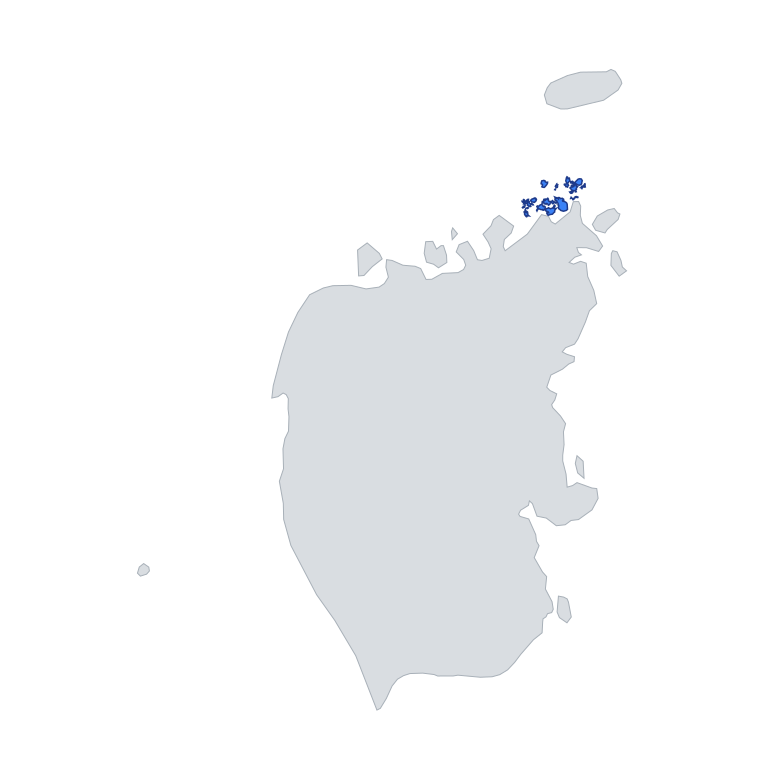 Wando-gun, South Jeolla, South Korea (highlighted), rotated 183°
{"feature_id": "91817680B85222249357664", "entity_name": "Wando-gun", "entity_type": "district", "adm_level": 2, "iso_a3": "KOR", "parent_name": "South Korea", "parent_adm1": "South Jeolla", "projection": "albers", "projection_center": [126.779, 34.287], "detail": "fine", "context": "in_parent", "style": "filled", "palette": "blue", "viewbox_px": 768, "rotation_deg": 183, "n_neighbors": 0, "source": "geoboundaries", "source_scale": "gbopen_adm2", "svg_char_len": 9344}
<svg xmlns="http://www.w3.org/2000/svg" viewBox="0 0 768 768"><g transform="rotate(183 384 384)"><path d="M210.0,160.0L212.9,157.8L213.1,154.5L213.1,143.8L221.4,136.4L233.3,121.2L239.0,112.8L245.6,105.0L253.2,99.8L260.7,97.3L272.5,96.2L295.0,97.1L299.4,96.1L315.1,95.2L318.8,96.5L330.3,97.3L342.9,96.2L349.2,93.8L355.1,89.9L360.1,82.9L365.2,70.1L370.7,59.9L374.0,58.0L398.0,111.2L420.8,145.4L440.3,170.1L468.5,217.8L477.1,243.5L478.3,259.5L483.4,281.4L479.9,294.1L481.5,314.0L480.1,324.3L476.9,331.9L477.2,346.4L478.5,354.1L478.8,364.4L481.1,368.3L484.3,369.7L489.2,365.8L495.3,364.1L494.5,376.5L488.0,407.9L482.1,430.9L473.8,450.9L462.9,469.3L449.6,476.7L440.2,479.5L422.1,480.8L406.9,478.0L394.0,480.5L388.9,484.3L385.2,490.9L388.2,500.8L387.9,508.3L382.4,507.8L371.3,503.6L359.1,503.2L353.4,501.2L347.5,490.6L341.7,491.1L331.5,497.5L315.9,499.1L310.5,502.5L308.6,506.9L310.9,512.5L318.8,519.7L316.3,527.1L308.1,530.9L301.4,521.9L297.2,513.0L292.6,512.5L285.5,515.1L284.1,524.7L287.5,531.3L293.0,538.8L285.4,547.6L283.3,553.9L277.8,558.4L262.8,548.5L264.9,541.4L271.4,534.6L272.1,527.5L270.0,523.4L248.7,541.2L235.5,561.4L228.5,560.0L225.5,554.8L221.4,552.7L207.1,565.7L204.5,576.0L199.2,576.4L196.9,572.0L196.8,562.7L194.3,554.8L179.6,543.2L172.9,533.2L176.6,527.6L188.9,530.7L198.6,530.3L196.7,525.5L193.6,523.3L200.1,520.6L205.5,515.1L201.0,513.6L194.1,516.8L188.4,515.2L186.2,502.0L179.4,488.5L175.8,475.4L182.7,467.9L186.2,456.2L192.6,439.3L195.8,433.8L204.5,429.8L207.7,425.4L202.9,423.2L195.2,421.2L195.4,416.3L200.6,413.6L206.5,408.2L217.8,401.7L221.3,389.3L218.0,386.2L211.0,383.2L212.6,377.0L215.5,372.2L214.4,369.3L206.1,361.3L200.6,353.9L202.3,345.6L201.0,332.9L201.8,322.3L201.5,316.5L197.5,303.6L195.7,290.6L190.4,292.4L186.1,295.6L170.9,291.0L166.1,290.7L164.2,281.0L169.7,269.2L182.7,258.8L190.1,257.5L195.7,252.9L204.5,251.5L214.9,258.6L224.3,260.0L229.5,272.3L232.7,274.9L233.4,270.4L241.0,265.1L242.8,261.1L241.2,258.9L232.4,256.8L224.6,241.5L223.5,234.9L220.7,230.6L224.9,218.5L215.9,204.6L211.5,200.2L212.1,187.7L207.4,179.8L204.8,175.4L203.2,167.9L204.6,164.5L208.7,163.2L210.0,160.0ZM178.3,707.4L173.8,710.0L169.6,708.4L168.5,707.1L163.5,700.2L162.2,696.7L165.6,689.9L179.5,678.9L215.4,668.3L221.9,667.9L236.0,672.4L239.0,681.0L236.5,688.4L233.2,693.3L216.8,701.7L204.0,705.7L178.3,707.4ZM417.4,516.4L408.2,524.0L395.5,514.2L392.4,508.8L401.8,500.6L409.7,491.3L415.0,490.6L417.4,516.4ZM350.7,516.6L349.8,528.3L342.8,529.0L338.6,521.5L334.2,525.2L331.9,525.3L328.3,515.9L327.6,508.6L335.7,502.9L340.7,506.2L347.9,507.9L350.7,516.6ZM169.7,569.5L163.3,571.3L159.8,567.2L157.3,566.1L158.8,560.6L169.1,550.0L171.2,546.4L180.7,548.6L184.3,554.3L179.8,562.9L169.7,569.5ZM199.2,165.4L198.7,181.3L193.4,180.6L189.9,179.0L188.4,175.9L184.8,161.1L188.8,155.1L196.6,159.9L199.2,165.4ZM163.8,526.2L162.5,529.1L158.2,528.2L153.9,519.9L152.1,513.3L147.7,509.7L154.8,504.0L163.6,514.3L163.8,526.2ZM188.8,314.7L187.5,322.5L181.1,317.3L179.3,300.3L185.9,305.3L188.8,314.7ZM618.8,188.4L614.6,192.1L609.3,188.8L608.5,185.0L611.1,181.7L617.2,179.4L620.3,182.2L618.8,188.4ZM221.2,572.9L222.9,578.6L214.9,577.5L210.6,572.0L211.2,567.3L215.9,566.6L221.2,572.9ZM324.6,539.8L323.6,543.5L318.5,537.9L323.4,531.7L324.6,539.8Z" fill="#d9dde1" stroke="#a8b0b8" stroke-width="1"/><path d="M215.5,566.4L214.3,566.0L213.6,566.0L211.0,566.9L209.9,568.0L210.5,573.1L210.9,574.1L211.7,574.9L212.7,575.3L213.1,575.7L214.9,575.8L215.3,576.3L215.2,576.9L214.2,577.2L214.3,577.9L215.6,578.8L217.6,578.4L218.4,579.3L219.5,579.3L219.5,577.9L220.8,579.0L221.7,579.1L223.2,579.6L222.7,578.8L221.8,578.2L222.9,577.7L222.9,576.7L222.3,576.2L221.0,575.9L220.8,575.1L219.6,573.5L219.5,572.3L219.1,572.0L218.9,571.5L218.8,570.8L219.1,569.5L218.7,568.2L217.6,567.6L216.7,566.7L216.0,566.4L215.5,566.4ZM228.8,564.4L228.5,563.7L229.8,563.7L230.3,562.6L229.7,562.4L229.3,561.4L228.9,561.1L226.7,562.0L224.7,562.4L223.5,563.9L222.5,564.8L222.7,565.6L222.5,566.5L221.2,568.4L222.5,567.9L223.7,568.4L222.6,570.2L222.6,571.1L223.2,571.5L223.8,570.5L224.0,569.6L225.1,568.4L227.1,567.7L229.0,568.6L229.4,568.0L230.3,567.9L231.7,567.0L232.4,568.1L232.2,569.0L232.7,569.8L233.2,570.0L234.0,569.5L234.6,570.0L234.8,571.0L236.2,571.5L237.3,571.0L237.9,570.6L238.2,570.1L239.2,569.6L240.0,569.9L240.6,569.5L240.7,569.0L239.4,568.1L240.7,565.5L240.3,564.8L239.9,565.8L238.8,567.2L236.2,566.3L234.9,566.5L234.3,565.8L233.5,566.0L233.3,566.7L232.4,566.7L231.4,565.3L230.8,565.2L230.4,564.2L229.6,564.8L228.8,564.4ZM201.0,593.0L199.5,592.7L197.6,593.6L197.0,594.9L197.0,596.1L196.6,597.3L197.6,599.0L199.2,599.2L200.8,598.8L203.1,596.3L203.8,595.3L204.7,595.2L205.5,595.5L206.7,596.7L206.2,595.1L207.2,596.0L208.1,596.0L208.1,594.6L207.0,594.5L205.5,593.8L204.4,593.7L203.9,594.3L203.1,594.3L201.0,593.0ZM230.4,572.7L229.5,571.8L229.2,571.2L228.0,571.9L227.6,572.7L227.3,573.8L226.4,574.1L225.9,573.9L225.2,573.0L224.7,572.8L224.4,573.1L224.0,573.9L223.6,574.2L222.4,573.7L222.0,573.7L221.7,573.9L221.4,573.9L221.3,574.3L221.7,574.1L222.3,574.1L223.0,574.7L224.2,575.0L225.4,576.0L225.9,575.4L226.4,575.0L228.6,575.0L229.2,575.5L229.9,576.8L229.5,577.2L230.2,578.1L230.5,577.9L231.5,576.9L232.4,576.3L232.6,575.8L233.1,575.9L233.3,576.5L233.1,577.0L234.0,576.8L234.4,575.4L233.9,575.0L234.0,574.5L234.4,574.1L235.5,574.3L235.6,572.8L235.1,572.9L234.4,573.4L233.8,573.4L233.4,572.6L232.5,572.1L231.7,572.8L231.3,572.2L231.0,572.6L230.4,572.7ZM237.5,593.4L237.6,592.2L236.2,591.6L236.2,590.3L236.7,589.2L235.6,588.8L234.3,588.7L233.6,589.3L231.9,591.6L231.2,593.1L231.2,594.1L232.5,593.9L233.6,594.4L233.8,595.3L235.0,595.7L237.1,595.1L237.5,593.4ZM202.8,586.7L202.8,585.9L202.1,586.1L202.6,587.0L202.7,587.8L202.0,588.3L202.3,589.3L201.9,589.8L201.6,590.8L201.2,590.9L201.0,591.3L202.3,591.5L202.4,592.0L202.3,592.6L204.2,593.2L205.0,593.0L204.3,592.2L204.6,591.8L204.8,591.2L205.6,591.2L205.9,591.4L205.7,592.0L206.7,592.4L207.2,592.2L207.3,591.8L207.0,591.3L206.5,590.9L206.2,590.5L206.6,590.4L207.3,590.6L208.4,589.9L208.5,589.5L208.0,589.4L207.3,588.1L206.7,587.8L206.5,587.2L205.5,586.9L205.3,587.2L204.2,586.8L203.3,587.4L202.8,586.7ZM247.5,568.8L246.8,569.0L247.2,569.6L246.7,570.7L246.2,571.3L245.5,571.1L244.8,570.6L244.3,570.7L244.6,571.2L245.8,571.9L246.4,572.0L246.7,571.7L247.2,571.6L247.9,571.9L248.9,572.9L248.5,573.2L248.5,573.7L249.1,574.0L249.4,573.3L250.4,573.2L250.9,573.6L250.8,574.1L250.6,574.5L249.5,575.1L249.4,576.0L249.9,576.0L250.6,575.3L250.9,575.3L251.3,574.4L251.6,574.1L252.2,574.0L252.9,574.1L252.9,574.5L253.7,575.4L254.1,575.6L254.4,575.5L254.4,574.6L253.7,574.7L253.2,573.4L252.7,573.5L252.2,573.4L252.0,572.9L252.3,572.4L253.4,573.0L253.9,572.8L254.3,573.0L254.8,573.7L255.7,573.7L255.4,573.1L254.6,572.6L253.8,571.6L254.0,571.1L253.3,571.1L252.8,570.7L252.1,571.3L250.3,571.9L249.9,570.8L250.0,570.0L249.4,569.8L249.0,569.2L248.2,569.3L247.5,568.8ZM211.5,590.3L211.0,590.2L210.6,591.6L210.1,592.1L210.5,592.7L211.0,593.2L211.1,593.7L210.0,595.7L209.4,596.2L209.1,597.1L209.6,599.1L210.2,598.6L211.1,598.7L211.1,599.8L212.1,600.5L212.6,599.6L213.1,596.4L212.5,595.0L211.5,594.1L211.9,593.4L214.3,593.0L214.4,592.4L213.1,591.4L212.7,590.6L212.1,590.9L211.5,590.3ZM245.0,573.5L243.1,573.3L242.7,573.9L241.8,574.8L241.4,576.3L241.8,576.9L242.2,576.5L242.6,577.0L242.6,577.5L243.0,577.8L243.6,577.2L244.4,577.2L244.9,576.7L245.9,576.5L246.2,575.8L247.3,575.2L247.1,574.6L245.9,573.5L245.0,573.5ZM250.0,558.8L249.4,559.6L248.0,559.5L249.0,560.3L249.2,560.7L249.6,563.2L250.0,563.6L250.4,563.8L250.6,562.5L250.9,562.5L251.5,562.9L251.6,563.8L251.5,564.2L251.7,564.6L251.9,565.9L252.2,565.3L252.3,564.0L252.2,563.5L253.1,563.2L252.9,562.5L252.5,561.9L252.5,560.9L251.8,559.7L251.4,559.3L251.4,559.8L250.4,559.6L250.0,558.8ZM222.1,592.7L222.5,591.4L222.9,591.2L223.2,590.4L222.9,590.3L222.7,589.6L222.4,588.9L221.3,589.4L221.3,589.7L221.0,590.0L221.2,590.9L221.0,591.8L221.3,591.7L221.7,592.3L221.9,592.9L222.1,592.7ZM207.8,585.4L208.6,585.4L208.3,584.9L207.7,584.4L207.4,584.2L207.0,584.2L206.3,584.4L205.6,585.0L205.3,585.8L205.8,586.2L206.3,586.2L206.4,585.8L206.7,585.6L207.1,585.7L207.2,586.0L207.5,586.0L207.7,585.8L207.8,585.4ZM197.2,591.6L197.1,590.9L197.2,590.5L197.6,590.3L197.2,590.2L196.6,589.5L196.3,590.2L195.6,591.1L195.5,591.8L195.3,592.1L194.7,592.3L194.9,592.7L195.3,592.9L196.0,591.7L196.3,591.6L196.9,591.8L197.2,591.6ZM203.2,580.3L202.4,580.1L201.5,580.5L200.9,580.5L200.3,580.3L200.1,580.7L200.3,581.0L200.6,580.8L201.0,580.9L201.7,581.3L202.9,581.0L203.2,580.3ZM253.3,569.1L253.6,568.9L254.2,568.8L254.5,567.9L255.0,567.5L254.7,567.1L254.2,567.2L254.0,567.5L253.2,567.8L253.3,568.2L253.2,568.5L252.8,568.7L252.5,569.2L253.3,569.1ZM205.4,579.0L205.1,578.7L205.1,578.0L205.0,577.9L204.6,578.0L204.1,578.4L203.6,579.4L204.6,578.8L205.0,578.9L204.9,579.3L205.1,579.3L205.4,579.0ZM194.7,591.5L194.3,591.1L193.3,591.3L193.4,591.7L193.6,591.6L193.9,591.9L193.8,592.2L194.1,592.8L194.3,592.6L194.4,591.9L194.7,591.5ZM250.3,567.5L250.8,567.2L250.7,567.0L250.0,566.7L249.5,566.9L249.1,567.4L249.5,567.7L250.3,567.5ZM207.0,580.3L207.0,579.6L207.3,579.0L207.0,579.0L206.6,579.6L206.6,580.1L206.7,580.3L207.0,580.3ZM194.1,594.4L194.1,593.6L193.6,593.4L193.6,593.9L193.7,594.3L193.8,594.5L194.1,594.4ZM223.5,587.4L223.7,587.0L223.0,586.8L222.9,587.0L223.1,587.3L223.3,587.5L223.5,587.4Z" fill="#3b82f6" stroke="#1e3a8a" stroke-width="1.5"/></g></svg>